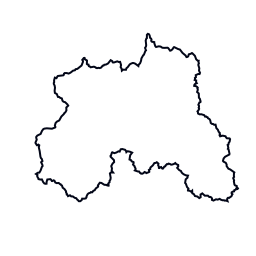 outline of Antabamba, Apurímac, Peru, rotated 170°
{"feature_id": "86281439B67377486852449", "entity_name": "Antabamba", "entity_type": "district", "adm_level": 2, "iso_a3": "PER", "parent_name": "Peru", "parent_adm1": "Apurímac", "projection": "albers", "projection_center": [-72.759, -14.434], "detail": "fine", "context": "isolated", "style": "outline", "palette": "ink", "viewbox_px": 256, "rotation_deg": 170, "n_neighbors": 0, "source": "geoboundaries", "source_scale": "gbopen_adm2", "svg_char_len": 5703}
<svg xmlns="http://www.w3.org/2000/svg" viewBox="0 0 256 256"><g transform="rotate(170 128 128)"><path d="M46.0,40.2L45.2,39.6L44.2,39.6L42.7,38.7L42.9,39.9L42.5,41.2L42.0,41.7L41.5,41.9L40.6,41.6L38.0,42.8L37.5,43.5L37.4,43.9L36.6,44.7L37.3,45.7L37.1,46.6L36.1,47.1L34.5,47.2L34.1,48.3L32.6,48.6L32.1,49.4L30.8,48.9L30.2,49.4L31.2,51.1L31.0,52.0L32.6,53.0L33.0,53.8L33.0,57.2L32.6,58.0L33.1,60.4L32.0,61.4L32.1,62.2L31.5,65.1L31.0,65.8L34.5,69.4L36.2,70.5L37.5,73.4L37.2,74.9L37.8,76.8L39.7,78.2L40.2,79.1L39.1,81.4L37.4,82.8L32.8,84.3L32.5,85.1L32.7,89.6L33.3,90.1L32.6,91.3L32.8,94.0L32.0,94.2L31.4,95.9L30.3,96.9L29.4,99.3L29.8,100.1L32.4,100.7L33.0,101.6L33.4,102.9L36.0,104.0L38.7,103.8L39.1,105.1L38.4,105.7L38.7,106.7L38.5,107.3L39.4,108.6L39.8,110.7L41.0,112.5L41.2,116.1L42.6,116.2L43.4,117.1L44.5,117.4L45.2,118.1L45.6,118.6L45.7,121.3L46.2,122.6L47.6,123.8L47.8,124.8L48.7,125.2L49.1,125.8L50.1,125.8L50.7,127.4L53.4,128.8L55.1,129.0L56.5,130.1L56.4,131.6L56.7,132.3L55.3,133.5L54.6,134.5L54.9,135.7L54.5,136.2L54.2,137.5L54.7,138.6L53.3,140.7L52.2,140.9L51.9,141.7L52.2,144.4L52.9,145.5L52.3,149.7L53.7,151.5L52.6,153.5L52.8,154.9L52.3,155.4L52.7,156.3L53.8,157.4L55.5,158.0L55.2,158.9L54.5,159.6L52.5,160.2L53.0,161.1L52.6,163.0L54.0,163.7L53.4,164.9L53.4,165.7L52.3,166.2L52.1,168.3L49.4,169.0L48.2,168.7L47.5,169.8L48.1,172.2L47.4,174.5L47.8,177.7L47.6,178.6L47.0,179.2L47.1,181.1L46.8,181.9L47.5,182.0L48.9,183.8L49.6,187.5L51.8,190.6L52.2,190.7L53.2,190.2L55.3,190.0L56.3,188.1L57.1,187.7L58.1,187.7L58.7,189.4L61.3,192.5L63.2,196.2L65.0,197.1L68.4,199.6L68.9,199.6L70.7,197.7L72.2,196.9L73.1,196.8L74.5,199.7L75.1,200.2L78.4,200.6L80.3,201.1L81.7,202.5L83.5,203.1L86.3,202.9L86.9,203.8L87.4,207.3L87.2,208.0L87.6,208.3L89.2,208.6L89.8,209.2L90.0,209.9L89.5,211.0L89.7,212.0L90.6,213.0L90.6,215.2L91.0,216.6L92.1,217.3L93.2,216.5L93.8,213.2L94.4,212.9L95.4,211.0L95.7,206.4L96.2,205.1L97.3,203.9L96.8,201.3L97.5,200.9L99.6,197.4L100.4,197.0L102.7,194.2L103.5,191.9L104.4,190.4L104.9,189.6L106.5,188.5L107.0,187.2L109.7,190.1L111.2,191.0L112.2,191.2L114.5,190.7L115.4,190.2L117.7,188.0L119.2,187.1L119.9,185.7L122.6,186.3L124.1,185.5L124.0,187.6L124.7,189.2L123.9,191.2L124.3,194.5L125.6,194.6L127.0,195.5L130.3,195.0L131.4,195.1L131.8,195.7L131.9,196.6L133.3,197.8L136.5,195.0L138.7,194.3L140.4,194.4L141.2,193.7L142.1,193.8L143.9,192.2L145.4,191.9L146.7,192.4L148.1,192.3L149.1,192.8L149.3,193.3L150.9,194.3L154.3,194.3L154.8,195.1L155.8,195.7L155.9,197.3L156.8,197.5L157.4,198.2L156.7,201.6L158.7,203.3L158.5,204.4L158.7,204.6L159.4,204.6L161.2,203.0L160.7,201.8L160.9,200.9L162.9,197.6L167.6,195.0L169.4,195.0L170.2,194.1L172.2,194.0L175.0,192.5L177.0,191.9L178.7,192.7L180.8,193.1L181.6,192.6L182.0,191.5L182.6,191.1L188.0,191.4L188.6,191.0L189.8,189.5L191.3,190.3L192.5,187.8L192.8,185.8L193.3,185.2L193.4,184.2L192.9,182.6L192.9,180.4L193.8,177.4L193.9,175.2L192.2,173.8L191.6,170.8L190.4,170.5L189.6,169.5L188.0,168.6L187.8,166.3L187.0,165.1L185.4,164.3L183.6,161.8L183.0,160.4L185.2,158.9L185.6,156.0L187.1,154.2L188.3,153.6L188.7,152.9L191.6,150.9L194.4,147.4L197.0,146.6L198.5,145.4L199.6,143.1L199.3,141.6L199.6,141.2L203.0,140.5L208.0,141.8L210.5,141.9L211.6,141.6L213.2,140.1L215.1,137.3L218.6,136.3L219.9,135.2L220.1,134.4L219.9,132.4L221.6,129.8L221.7,129.3L220.7,126.8L219.9,126.7L219.2,127.2L218.4,126.4L219.2,124.3L219.0,120.6L219.2,114.9L219.0,113.6L218.3,112.6L218.0,110.3L219.5,109.4L218.7,106.5L218.7,105.4L219.6,104.6L221.4,101.4L223.0,99.5L224.6,99.6L226.6,98.7L225.3,97.5L225.8,96.5L225.5,95.0L225.0,94.0L225.0,93.2L223.4,92.5L221.7,92.3L220.9,89.4L220.0,87.9L219.0,87.4L217.9,87.3L217.5,89.1L216.4,91.3L213.3,91.1L212.8,90.5L212.2,89.0L211.7,88.9L210.4,89.4L209.6,88.9L209.1,87.0L207.8,86.1L205.8,85.9L204.7,84.5L204.1,84.3L203.7,83.3L203.0,82.8L202.7,80.6L201.1,78.8L200.0,76.4L200.2,75.3L199.6,73.7L199.9,73.1L199.2,72.4L198.9,71.3L196.8,71.8L195.8,70.5L194.2,70.2L192.6,68.5L191.1,67.8L190.6,66.5L189.9,65.8L189.2,64.5L187.8,64.2L186.2,65.0L185.4,66.4L183.6,66.0L181.8,66.0L180.8,67.2L180.8,67.7L179.4,69.7L178.2,70.5L175.9,70.9L175.6,71.3L174.4,70.9L173.0,72.2L171.6,72.5L170.2,74.1L167.8,75.3L167.5,75.8L167.6,76.7L165.3,79.0L163.7,78.5L161.2,76.2L159.5,75.8L159.0,75.4L158.3,75.7L157.6,74.6L157.1,74.6L156.9,76.9L155.5,77.9L155.4,79.1L154.3,80.2L153.7,82.0L153.7,86.4L152.7,87.1L150.4,86.7L151.5,88.8L150.8,91.0L151.1,93.4L149.3,95.7L147.6,96.8L147.4,98.8L150.1,102.7L150.1,103.5L149.6,103.8L148.1,106.6L147.7,106.8L145.8,105.6L143.6,105.9L141.5,106.7L140.3,106.2L138.9,108.3L137.3,108.3L134.6,107.0L133.9,105.6L133.8,104.5L132.7,105.2L132.1,105.1L130.2,104.3L128.2,103.0L130.6,100.8L132.0,96.7L130.5,95.7L130.2,94.5L128.5,93.5L128.5,92.6L129.4,91.1L128.1,89.1L128.1,88.1L127.6,86.9L127.8,85.7L128.6,85.0L125.9,83.5L124.6,83.2L124.0,81.7L123.3,81.3L123.1,80.8L121.7,80.5L120.2,81.1L119.4,81.8L118.2,81.1L117.8,80.4L115.1,80.9L114.6,81.2L114.7,83.1L113.2,83.6L113.1,84.6L112.6,85.3L110.1,86.8L108.1,88.9L106.7,88.8L105.6,89.3L104.2,87.6L104.8,86.2L104.4,84.9L104.5,83.3L103.9,83.1L103.3,83.7L102.1,83.8L101.4,82.2L100.8,81.9L99.6,82.9L99.1,83.6L97.9,83.8L97.6,84.5L95.9,85.7L95.1,85.4L94.3,85.9L92.8,85.2L92.1,84.5L91.2,84.3L89.0,84.6L87.5,85.3L86.7,84.0L85.0,82.9L85.2,81.4L86.5,80.2L84.9,77.7L83.2,76.3L83.0,75.1L82.2,73.8L80.9,72.5L79.3,71.4L77.2,70.7L77.8,69.8L78.0,68.8L80.1,67.4L81.3,64.0L80.7,63.1L80.1,59.6L79.0,57.8L79.8,56.4L79.8,56.0L78.2,55.5L76.9,54.3L75.7,55.1L76.0,52.5L74.6,51.4L73.9,49.4L71.6,48.5L70.0,46.6L68.5,47.2L68.1,49.9L66.2,50.7L64.1,48.0L61.1,47.5L59.9,45.9L58.8,45.8L57.9,45.0L57.5,43.9L57.8,42.6L56.4,41.7L53.7,42.5L52.1,41.9L50.0,42.3L49.2,41.4L47.4,40.4L46.0,40.2Z" fill="none" stroke="#020617" stroke-width="2"/></g></svg>